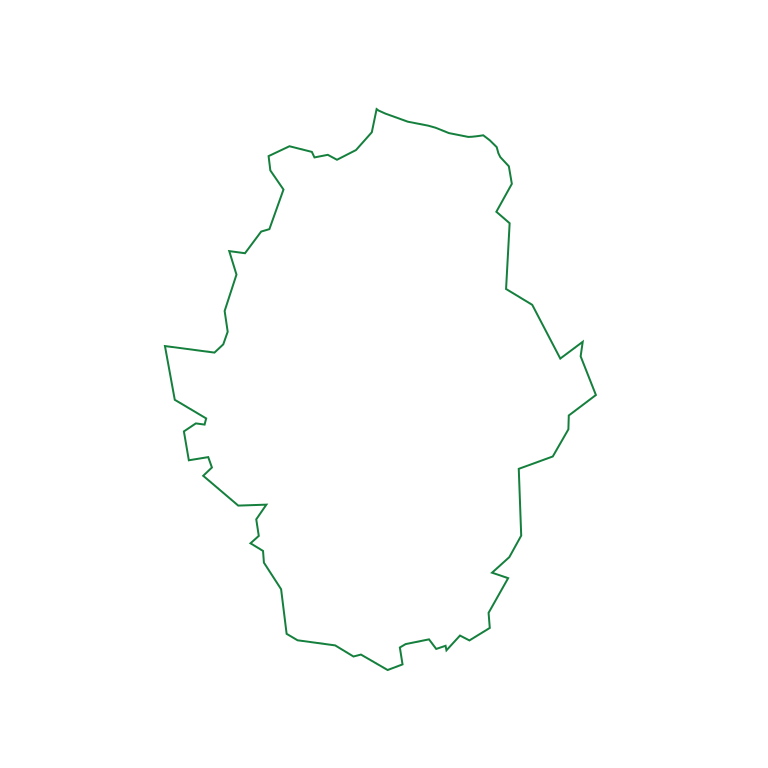 outline of Rankovtse, Rankovce, North Macedonia, rotated 31°
{"feature_id": "65306769B9482621128818", "entity_name": "Rankovtse", "entity_type": "district", "adm_level": 2, "iso_a3": "MKD", "parent_name": "North Macedonia", "parent_adm1": "Rankovce", "projection": "robinson", "projection_center": [22.13, 42.211], "detail": "fine", "context": "isolated", "style": "outline", "palette": "green", "viewbox_px": 768, "rotation_deg": 31, "n_neighbors": 0, "source": "geoboundaries", "source_scale": "gbopen_adm2", "svg_char_len": 1221}
<svg xmlns="http://www.w3.org/2000/svg" viewBox="0 0 768 768"><g transform="rotate(31 384 384)"><path d="M574.7,580.1L578.7,560.5L589.3,559.8L600.3,538.6L591.5,526.3L590.4,486.5L573.8,490.1L580.6,467.8L579.7,443.3L543.2,387.3L566.0,359.2L565.4,327.9L558.6,315.8L571.3,284.3L538.3,259.0L532.6,245.5L522.0,271.4L470.3,239.8L439.7,239.7L408.9,181.5L391.6,178.5L390.5,146.6L378.9,133.1L366.8,129.6L363.2,127.3L358.6,122.9L349.0,120.6L341.0,119.7L336.1,123.7L332.0,126.8L329.0,128.8L310.4,135.5L296.1,137.8L288.8,139.8L269.3,146.9L246.0,151.5L238.4,152.4L236.1,152.2L243.9,174.5L239.5,197.9L228.2,216.0L217.8,216.5L207.7,225.6L202.6,222.2L180.5,228.9L167.7,248.1L176.6,259.5L197.7,269.1L206.0,310.3L200.2,316.6L197.5,343.5L182.9,349.8L201.2,366.2L209.8,403.5L223.1,419.7L225.8,432.8L222.5,444.4L176.7,464.3L212.8,505.3L249.3,505.1L251.1,511.2L243.0,514.7L236.9,527.7L256.0,549.9L271.0,537.2L279.5,544.2L276.3,555.8L321.7,563.3L345.3,548.0L344.2,565.8L354.9,578.7L351.6,589.3L366.3,589.4L373.1,599.0L401.5,612.9L429.2,648.3L441.9,648.2L476.8,633.2L498.2,633.3L503.6,627.8L534.4,627.3L544.3,614.8L533.3,601.7L536.5,595.8L554.1,579.7L565.2,584.2L571.6,576.7L574.7,580.1Z" fill="none" stroke="#15803d" stroke-width="2"/></g></svg>